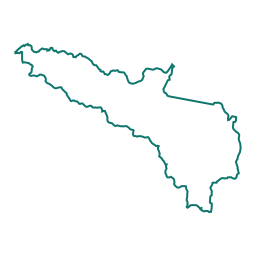 outline of Fazenda Nova, Goiás, Brazil
{"feature_id": "56859067B90940942473759", "entity_name": "Fazenda Nova", "entity_type": "district", "adm_level": 2, "iso_a3": "BRA", "parent_name": "Brazil", "parent_adm1": "Goiás", "projection": "mercator", "projection_center": [-50.894, -16.179], "detail": "fine", "context": "isolated", "style": "outline", "palette": "teal", "viewbox_px": 256, "rotation_deg": 0, "n_neighbors": 0, "source": "geoboundaries", "source_scale": "gbopen_adm2", "svg_char_len": 5304}
<svg xmlns="http://www.w3.org/2000/svg" viewBox="0 0 256 256"><path d="M240.6,147.9L240.3,144.2L240.0,142.8L239.3,141.5L239.1,140.4L238.7,138.8L238.8,137.5L239.2,136.2L239.1,134.4L237.8,132.7L236.5,132.1L235.8,131.4L234.8,130.5L234.0,129.6L233.1,128.4L232.9,126.8L233.2,125.3L233.2,123.5L233.5,122.0L235.2,121.9L236.1,120.2L236.0,119.0L236.2,117.2L234.7,116.8L233.2,116.3L232.2,116.3L229.4,119.7L228.1,120.1L228.0,118.7L228.2,117.2L228.5,116.1L228.1,114.9L227.3,113.7L226.3,113.1L225.0,112.0L224.2,110.7L223.7,109.2L222.7,107.9L222.6,106.4L222.1,105.0L221.2,103.7L219.3,102.9L217.7,102.6L216.6,102.9L215.2,102.7L214.0,103.2L213.4,104.4L211.7,104.3L168.9,96.3L167.3,95.6L166.3,93.5L164.6,92.7L163.8,91.3L163.4,89.2L164.7,86.8L165.6,84.8L166.4,83.3L167.8,80.3L169.7,79.7L169.2,76.8L169.9,75.5L171.4,74.6L171.7,73.0L171.9,71.4L172.1,69.7L172.4,68.0L174.0,66.5L172.1,64.4L170.9,66.7L169.0,69.5L168.0,70.9L167.0,72.1L166.0,72.8L163.8,72.2L161.2,69.5L157.5,68.4L156.5,68.2L154.9,69.0L153.0,69.7L151.5,69.4L147.5,68.6L146.2,68.8L143.2,72.6L143.0,74.3L143.7,76.1L142.9,78.1L142.2,79.9L140.7,80.9L138.1,81.7L135.3,83.1L133.9,83.5L132.2,83.7L129.5,82.9L128.7,82.0L127.8,80.0L127.4,78.9L127.0,77.1L126.7,76.2L125.8,75.3L124.8,73.4L123.6,72.3L121.1,72.3L118.6,71.8L117.9,70.4L116.9,70.3L114.8,70.9L113.3,70.4L110.7,71.4L109.6,73.5L107.8,75.0L106.1,74.2L104.8,74.2L103.9,72.4L103.1,71.5L101.6,71.7L100.4,71.0L100.5,69.9L99.0,69.2L98.1,67.8L96.3,65.3L95.2,65.2L94.0,65.0L93.2,64.2L92.2,62.6L91.6,61.0L90.6,60.6L89.9,59.8L88.8,58.9L87.4,57.9L86.1,57.4L85.4,56.7L84.4,56.4L83.3,56.5L82.4,56.0L81.5,54.2L80.0,53.6L79.1,54.4L78.2,55.0L76.4,56.1L75.7,57.3L74.5,56.9L73.4,57.0L72.8,54.8L71.8,53.9L70.0,53.5L68.1,54.3L66.4,53.1L65.5,52.2L64.2,51.2L62.3,51.1L60.6,51.6L59.2,52.2L58.3,52.8L56.6,51.6L55.9,50.6L54.5,51.2L52.7,49.6L52.4,48.1L51.5,47.7L50.4,48.2L49.7,49.9L48.8,50.5L47.5,50.6L48.0,49.6L46.8,49.2L43.9,49.2L42.3,48.4L39.6,50.3L38.9,51.5L37.9,51.6L36.5,52.3L33.9,51.8L31.9,49.7L31.7,48.5L31.7,47.0L31.2,45.9L29.6,45.1L28.3,45.3L27.7,44.0L26.8,44.6L25.6,44.8L24.5,46.0L23.4,45.3L22.3,46.3L21.0,46.7L20.0,48.0L19.0,48.7L17.5,50.0L16.7,51.1L15.4,51.8L15.4,53.2L17.1,52.9L19.5,53.2L21.1,51.8L22.1,52.1L22.1,59.7L22.8,62.6L24.6,62.3L27.9,62.9L28.9,63.2L30.6,64.6L31.6,64.9L32.7,66.3L31.8,68.6L31.6,71.4L31.3,72.4L29.2,74.1L29.5,75.3L31.1,75.9L33.0,75.5L34.8,75.6L36.7,76.3L38.4,75.6L39.8,74.6L41.2,74.6L42.7,75.2L44.3,75.8L44.9,77.0L45.7,78.1L45.8,79.7L45.5,81.0L46.3,82.2L47.2,83.1L48.9,83.7L49.8,84.2L51.0,85.2L52.2,85.9L53.5,87.3L55.0,88.2L56.6,88.2L57.8,87.7L59.5,87.4L61.1,87.2L61.7,88.0L62.3,89.2L64.0,90.8L64.9,91.8L65.9,92.5L66.6,93.3L66.7,94.6L67.7,96.2L69.1,98.2L69.9,99.4L70.6,100.8L71.6,101.1L72.7,100.5L74.1,100.5L75.5,101.3L77.1,101.4L78.3,102.5L79.2,103.8L80.3,103.9L81.7,103.3L83.1,104.0L85.1,106.1L86.0,106.7L87.2,106.8L89.9,105.7L91.4,105.9L92.3,107.1L93.3,107.6L95.2,107.4L96.6,107.7L98.2,107.6L99.4,107.4L100.9,107.5L101.4,108.3L102.2,109.9L102.2,111.5L103.4,111.0L104.8,110.9L105.3,111.9L106.0,113.6L106.6,114.9L107.0,116.0L107.5,117.3L107.4,118.6L107.3,119.8L107.7,121.1L108.5,122.3L110.3,122.9L111.9,123.2L113.1,124.3L113.9,125.1L114.8,125.9L115.9,125.9L117.4,125.4L118.9,125.8L120.1,126.2L121.2,126.2L123.3,126.4L125.4,126.1L126.4,126.1L127.7,126.9L129.1,128.0L130.1,129.1L131.1,129.6L133.3,130.0L133.6,131.1L133.1,132.4L133.1,133.4L133.0,134.5L133.8,135.9L136.1,136.2L137.4,136.6L138.6,136.2L140.0,136.1L141.1,136.3L142.6,136.6L143.9,137.2L144.9,137.6L145.9,137.5L147.2,137.2L148.2,137.2L148.9,138.0L149.7,139.5L150.0,140.5L151.0,141.5L151.8,143.0L153.0,143.9L153.9,144.4L154.9,145.1L156.1,146.0L157.5,145.8L158.7,146.2L157.9,147.8L158.2,149.6L158.8,151.0L159.5,152.7L159.6,154.6L159.2,156.3L160.1,157.1L161.6,158.2L162.7,160.0L163.6,160.9L164.2,162.0L165.6,164.7L166.6,164.5L166.2,165.9L166.0,166.9L166.6,168.4L165.7,170.1L165.3,172.4L165.5,173.5L166.4,175.0L166.6,176.2L167.4,177.3L168.6,177.4L169.8,177.3L170.9,176.8L171.9,177.6L173.0,178.3L173.9,179.1L174.2,180.2L174.3,181.4L174.5,182.6L174.0,183.9L175.1,185.7L175.8,186.3L176.9,187.2L178.1,187.7L179.5,187.4L180.5,186.9L181.7,186.1L183.3,186.2L184.3,186.1L185.9,186.3L186.1,188.5L186.8,190.1L187.5,191.0L187.5,192.1L187.2,193.8L187.3,195.6L186.9,198.4L186.6,200.1L187.2,201.3L187.6,202.7L187.5,204.5L187.3,205.9L186.7,206.9L187.6,207.7L188.9,206.8L190.4,205.3L193.0,205.1L194.6,205.1L196.6,205.3L197.5,205.8L198.2,206.7L199.4,207.5L200.0,208.7L201.4,208.1L201.3,210.1L202.8,210.8L203.9,211.3L205.2,211.2L206.3,210.9L207.9,211.1L209.0,212.0L211.0,211.8L211.3,209.9L211.6,208.3L211.7,206.5L211.9,205.0L211.7,203.4L210.4,203.2L209.9,202.0L210.0,200.4L210.2,198.8L210.2,197.5L210.5,196.2L211.6,195.4L211.8,194.3L211.6,192.9L211.9,191.5L211.3,189.9L210.6,188.7L210.5,187.3L211.4,186.1L212.2,184.4L212.5,182.9L214.1,182.6L215.5,182.7L216.7,182.6L217.2,181.3L218.4,180.6L219.6,179.5L220.8,178.7L222.1,178.1L223.5,178.2L224.7,178.5L225.9,178.2L227.2,178.3L227.9,177.3L229.1,177.3L231.0,177.2L232.3,178.1L233.6,178.5L234.9,178.8L235.9,178.0L236.6,176.7L236.8,175.3L237.5,174.1L238.8,173.2L238.4,171.9L238.1,170.7L238.0,169.6L237.5,168.5L237.7,167.4L237.2,165.8L236.6,164.5L236.5,163.4L235.9,162.3L236.4,160.7L237.4,159.2L237.7,157.4L238.4,155.3L239.0,154.1L240.0,152.0L240.4,149.6L240.6,147.9Z" fill="none" stroke="#0f766e" stroke-width="2"/></svg>